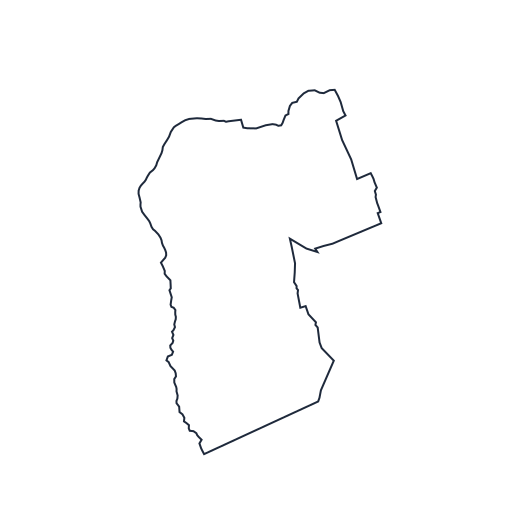 Maipú, Mendoza, Argentina (Equal Earth projection), rotated 140°
{"feature_id": "61730980B18829369395752", "entity_name": "Maipú", "entity_type": "district", "adm_level": 2, "iso_a3": "ARG", "parent_name": "Argentina", "parent_adm1": "Mendoza", "projection": "equal_earth", "projection_center": [-68.638, -32.977], "detail": "fine", "context": "isolated", "style": "outline", "palette": "slate", "viewbox_px": 512, "rotation_deg": 140, "n_neighbors": 0, "source": "geoboundaries", "source_scale": "gbopen_adm2", "svg_char_len": 2607}
<svg xmlns="http://www.w3.org/2000/svg" viewBox="0 0 512 512"><g transform="rotate(140 256 256)"><path d="M139.0,200.6L135.2,210.6L132.4,209.7L129.9,216.5L129.2,218.6L126.5,224.3L124.7,225.9L123.2,229.4L119.5,230.7L117.8,236.3L116.4,239.5L115.7,242.1L114.9,245.7L129.1,250.0L121.0,268.8L115.5,289.5L107.7,308.1L97.1,306.1L96.1,310.8L92.2,319.5L90.3,325.9L88.9,332.7L92.9,335.6L99.4,337.2L102.3,340.2L104.5,345.2L106.9,346.9L109.7,348.9L114.9,349.9L122.1,349.4L125.6,347.9L129.8,350.0L133.5,349.2L138.0,346.2L139.9,343.9L143.1,344.7L147.3,342.5L150.0,340.9L152.7,339.9L155.2,341.4L156.3,343.8L158.6,346.4L164.5,349.9L173.8,353.6L180.5,359.4L183.2,362.5L179.9,370.0L190.5,376.9L192.7,378.1L193.7,380.2L197.6,383.2L199.8,385.7L202.4,390.1L206.4,393.2L209.3,396.3L212.7,399.5L219.0,403.9L222.9,405.5L227.1,406.3L230.2,406.7L233.8,407.3L236.2,407.4L241.5,405.8L245.9,403.3L249.3,402.1L254.2,400.6L257.3,399.4L259.7,397.2L262.3,395.5L271.4,391.4L274.1,389.6L277.3,388.4L279.7,388.0L283.7,388.1L287.2,387.0L289.3,386.2L291.4,385.2L293.6,384.6L296.4,384.3L299.0,383.9L301.4,383.1L303.9,381.5L306.0,379.1L307.6,375.7L309.9,371.2L311.5,369.6L312.8,368.0L314.8,363.1L315.1,358.8L315.2,354.5L315.4,351.3L316.0,349.0L317.3,345.5L317.7,342.6L317.2,340.3L316.9,335.3L317.4,331.4L318.3,328.7L319.6,326.5L320.6,323.8L321.0,321.5L321.7,318.9L322.7,316.4L324.3,314.3L326.7,313.0L328.9,312.7L333.1,312.0L334.0,308.0L335.5,303.2L337.4,301.1L337.6,297.9L337.2,292.4L340.0,288.7L342.1,286.0L344.3,285.4L347.1,278.5L349.5,276.5L352.7,273.6L353.5,271.4L352.3,269.3L352.5,266.4L353.9,265.0L355.5,263.0L356.5,260.9L358.2,259.1L360.2,257.9L362.6,256.1L363.8,253.6L367.0,252.2L369.0,252.0L370.0,248.6L373.0,247.0L373.8,244.3L375.8,243.0L379.2,242.6L380.6,240.7L381.0,238.5L381.0,236.0L384.0,234.4L388.1,235.7L391.7,233.6L391.1,230.9L392.3,226.6L392.1,224.1L391.9,220.5L392.9,217.8L394.7,215.2L397.7,214.3L399.9,211.6L400.7,209.1L401.3,207.0L402.3,205.2L403.9,203.4L405.7,199.5L407.9,197.3L410.1,196.1L411.5,194.3L411.7,190.0L413.5,187.5L414.9,185.6L414.1,182.0L414.9,178.1L417.5,175.6L416.7,172.9L416.1,169.5L418.3,167.2L419.1,164.7L416.5,162.0L415.6,158.6L416.2,156.6L416.2,154.3L415.8,150.2L419.8,148.8L421.6,144.1L422.2,141.8L423.1,137.6L301.9,104.6L298.5,106.6L292.6,111.4L263.7,125.8L264.9,143.2L262.9,148.9L254.7,161.6L254.8,165.0L252.7,166.7L253.3,177.6L250.2,185.7L255.3,187.9L248.2,200.6L245.7,202.9L245.7,205.2L244.2,206.9L243.7,211.5L237.0,218.4L230.8,225.3L222.8,240.0L218.9,247.5L212.6,229.3L206.4,219.6L205.9,223.6L197.7,220.2L189.4,216.2L182.8,214.2L139.0,200.6Z" fill="none" stroke="#1e293b" stroke-width="2"/></g></svg>